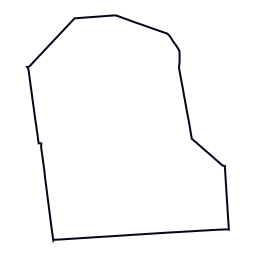 Adelaide, South Australia, Australia (Mercator projection)
{"feature_id": "25037944B32453744991132", "entity_name": "Adelaide", "entity_type": "district", "adm_level": 2, "iso_a3": "AUS", "parent_name": "Australia", "parent_adm1": "South Australia", "projection": "mercator", "projection_center": [138.601, -34.92], "detail": "fine", "context": "isolated", "style": "outline", "palette": "ink", "viewbox_px": 256, "rotation_deg": 0, "n_neighbors": 0, "source": "geoboundaries", "source_scale": "gbopen_adm2", "svg_char_len": 2078}
<svg xmlns="http://www.w3.org/2000/svg" viewBox="0 0 256 256"><path d="M74.5,18.4L71.2,21.9L63.9,29.7L57.9,36.1L53.2,41.1L50.1,44.3L48.4,46.1L46.1,48.6L43.8,51.1L41.7,53.3L41.4,53.7L39.1,56.0L34.5,61.0L32.6,63.0L29.5,66.4L28.1,66.8L27.1,67.0L27.3,67.2L27.7,67.9L28.2,68.8L28.4,69.7L28.7,70.7L30.1,81.7L31.5,91.6L32.8,101.4L34.2,111.3L34.6,114.8L35.0,117.4L35.1,118.3L35.3,119.6L35.6,121.7L36.2,125.2L36.6,128.6L37.6,135.3L38.0,138.7L38.4,141.5L38.5,142.2L38.7,143.3L39.7,143.3L41.3,143.4L41.2,144.7L41.2,146.9L41.3,148.4L42.3,155.7L44.5,171.5L45.0,177.3L45.1,178.1L46.3,187.0L50.7,221.6L53.3,240.6L53.9,239.8L54.6,239.8L57.6,239.6L61.8,239.4L63.6,239.3L67.9,239.0L70.9,238.8L75.6,238.5L78.7,238.3L79.3,238.3L84.4,237.9L90.0,237.6L94.0,237.3L96.0,237.2L102.0,236.8L103.8,236.7L107.2,236.5L109.2,236.4L112.6,236.1L113.9,236.1L117.9,235.8L124.3,235.4L126.7,235.3L127.9,235.2L128.7,235.1L131.7,234.9L134.6,234.7L141.4,234.3L147.5,233.9L154.0,233.5L158.7,233.2L166.7,232.7L175.0,232.2L179.3,232.0L183.4,231.7L187.3,231.5L191.7,231.3L197.3,230.9L204.7,230.5L212.9,230.0L218.2,229.7L220.9,229.6L226.3,229.4L228.9,229.6L228.8,228.9L228.5,223.6L228.1,218.5L227.8,213.2L227.5,208.9L227.3,204.6L226.9,199.5L226.8,197.3L226.6,194.7L226.4,191.5L226.3,189.3L226.2,187.3L225.9,183.2L225.5,177.0L225.2,171.6L224.9,168.0L225.0,166.1L222.5,165.5L213.8,157.9L211.7,156.0L209.5,154.1L208.2,153.0L206.3,151.4L205.2,150.4L195.5,141.9L191.8,138.7L191.2,135.4L190.7,132.4L190.2,129.4L189.7,126.4L189.2,123.3L187.9,116.4L187.4,114.1L187.0,111.9L185.7,104.6L184.8,99.5L184.0,95.6L183.3,91.1L182.0,84.1L181.5,81.7L180.3,75.0L179.7,71.9L179.6,71.4L179.0,67.9L179.2,65.5L179.3,64.1L179.5,63.1L179.5,62.4L179.6,61.2L179.6,58.5L179.6,57.7L179.6,54.7L179.5,53.0L179.5,52.1L179.4,51.4L179.1,50.5L178.8,49.7L178.2,48.8L177.6,47.8L175.9,45.2L175.3,44.4L173.0,41.3L171.0,37.9L170.1,36.6L169.4,35.8L168.9,35.1L167.4,33.7L164.4,32.6L158.8,30.7L146.6,26.4L141.0,24.4L133.0,21.7L132.9,21.6L116.8,15.7L114.2,15.4L103.5,16.2L88.3,17.3L79.3,18.0L79.1,18.0L74.5,18.4Z" fill="none" stroke="#020617" stroke-width="2"/></svg>